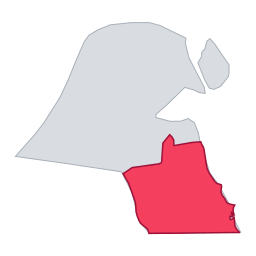 location of Al Ahmadi within Kuwait
{"feature_id": "KWT-1665", "entity_name": "Al Ahmadi", "entity_type": "Province", "adm_level": 1, "iso_a3": "KWT", "parent_name": "Kuwait", "parent_adm1": "", "projection": "orthographic", "projection_center": [48.089, 28.9], "detail": "fine", "context": "in_parent", "style": "filled", "palette": "rose", "viewbox_px": 256, "rotation_deg": 0, "n_neighbors": 0, "source": "natural_earth", "source_scale": "10m", "svg_char_len": 1825}
<svg xmlns="http://www.w3.org/2000/svg" viewBox="0 0 256 256"><path d="M240.6,232.1L220.1,232.5L194.1,232.9L173.1,233.2L149.3,233.4L138.9,220.6L135.5,206.6L131.8,192.3L121.5,171.8L86.8,166.6L68.4,163.8L38.1,159.6L15.4,156.4L34.7,134.6L43.8,122.9L60.0,97.4L68.4,79.3L76.6,59.1L83.5,43.4L85.0,40.5L89.0,35.2L97.8,29.8L110.4,24.8L131.8,22.6L146.9,22.6L150.2,22.8L159.7,25.4L185.9,38.1L185.3,43.1L189.0,57.9L197.4,74.1L204.3,87.3L205.2,93.4L198.8,92.5L194.0,90.0L184.8,87.4L166.9,104.8L156.1,114.3L155.8,117.5L170.2,121.3L180.7,121.2L188.1,118.6L194.4,122.7L198.5,133.4L200.1,142.2L210.0,173.3L218.1,183.9L228.4,202.5L232.2,212.1L234.4,220.2L240.6,232.1ZM220.6,86.4L213.9,89.4L209.4,88.2L205.1,80.9L197.9,62.9L201.8,56.2L201.6,53.3L202.4,51.1L204.6,49.7L206.9,41.2L210.0,38.6L215.0,44.4L229.1,65.1L229.0,73.5L228.2,76.9L220.6,86.4Z" fill="#d9dde1" stroke="#a8b0b8" stroke-width="1"/><path d="M148.9,233.4L148.0,229.8L145.8,227.5L143.1,225.5L140.5,223.2L138.8,220.1L137.2,216.1L136.1,212.0L135.6,204.8L135.1,201.4L128.6,183.3L123.0,173.6L126.3,171.6L132.1,167.6L158.5,163.9L161.2,163.0L161.7,161.2L162.9,143.1L169.7,134.7L172.0,137.0L173.7,139.9L173.9,145.6L192.4,142.4L199.8,141.9L200.8,141.8L201.8,144.5L203.4,147.1L204.1,149.9L207.0,168.2L209.0,172.8L214.9,181.6L216.7,183.3L221.3,184.8L221.6,186.8L221.1,189.5L221.0,192.2L222.0,194.8L225.2,199.4L225.9,201.0L227.1,202.9L229.9,204.1L234.8,205.1L233.6,207.2L233.1,209.6L233.3,212.0L234.0,214.3L232.2,213.1L231.6,212.5L231.4,213.6L231.5,214.2L232.1,214.8L233.2,215.3L232.3,216.5L231.7,216.8L231.3,216.6L230.8,216.2L230.0,216.2L229.9,219.0L231.0,219.7L232.6,218.8L234.0,217.2L234.3,218.6L234.8,225.0L235.3,226.7L236.2,228.5L238.1,231.0L239.5,232.4L239.5,232.5L218.5,232.7L197.4,232.9L176.4,233.2L155.3,233.3L148.9,233.4Z" fill="#f43f5e" stroke="#9f1239" stroke-width="1.5"/></svg>